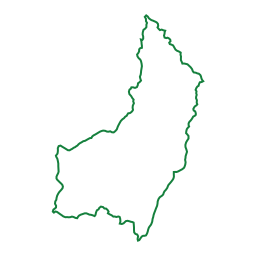 the district of Joaquim Felício, Minas Gerais, Brazil
{"feature_id": "56859067B86267150913030", "entity_name": "Joaquim Felício", "entity_type": "district", "adm_level": 2, "iso_a3": "BRA", "parent_name": "Brazil", "parent_adm1": "Minas Gerais", "projection": "natural_earth1", "projection_center": [-44.115, -17.647], "detail": "fine", "context": "isolated", "style": "outline", "palette": "green", "viewbox_px": 256, "rotation_deg": 0, "n_neighbors": 0, "source": "geoboundaries", "source_scale": "gbopen_adm2", "svg_char_len": 4339}
<svg xmlns="http://www.w3.org/2000/svg" viewBox="0 0 256 256"><path d="M158.2,25.9L157.9,23.8L156.8,22.5L155.6,21.8L154.2,21.2L152.9,20.6L151.4,20.1L150.2,19.3L148.9,18.3L147.8,16.6L146.2,15.4L144.8,16.9L145.9,18.7L146.0,21.2L147.0,22.9L146.4,24.6L146.4,27.1L145.2,28.6L143.5,29.8L142.8,32.3L142.6,34.4L143.2,36.6L143.2,38.7L142.4,39.9L140.9,39.5L141.5,41.9L141.6,43.7L141.9,45.7L141.9,47.8L140.2,48.2L139.2,49.3L139.1,51.4L138.3,53.0L137.1,54.5L137.5,56.4L138.7,58.2L140.2,59.5L141.0,61.1L141.6,63.7L141.9,66.2L141.5,68.6L141.1,71.0L141.0,72.5L140.7,74.6L139.9,76.8L140.4,78.9L141.0,80.6L139.5,82.2L138.0,83.3L137.8,85.1L136.9,87.1L135.0,87.9L133.0,87.3L131.4,87.3L130.8,88.7L129.5,89.6L128.9,91.7L129.4,94.1L131.2,96.1L132.4,98.2L133.6,99.6L133.2,101.3L133.9,103.2L132.8,105.7L132.6,107.8L133.0,109.9L132.2,111.2L131.2,112.2L129.9,113.1L128.2,113.3L127.4,114.5L126.7,115.8L125.2,116.7L123.9,118.3L122.5,119.2L120.8,121.0L119.6,123.1L118.7,124.8L117.8,126.6L116.8,129.4L115.3,131.1L113.7,132.4L112.0,132.3L110.2,131.3L108.5,131.7L107.0,131.6L105.1,130.8L103.1,130.6L101.6,131.0L100.1,131.6L98.4,132.6L96.3,133.9L94.9,134.7L93.5,135.4L92.2,136.5L91.4,138.0L89.9,138.1L88.6,138.8L87.0,139.7L85.1,140.8L83.3,141.2L81.6,142.3L79.9,143.2L78.5,144.3L77.4,145.6L76.3,146.2L75.2,147.1L73.6,147.8L72.3,148.8L70.9,149.5L69.6,150.3L67.9,150.2L66.0,149.0L64.4,148.0L63.2,147.3L61.9,146.5L60.5,145.6L58.7,146.1L57.8,148.2L57.9,150.1L57.8,151.8L57.5,153.6L55.9,155.7L56.5,157.3L57.3,158.6L57.8,160.7L58.3,163.5L58.3,166.2L58.5,169.8L58.6,171.7L58.1,173.3L57.2,175.0L56.5,176.7L56.5,178.5L57.2,179.7L58.3,180.8L59.9,182.4L61.5,183.9L62.4,185.0L62.9,186.6L62.5,188.3L61.3,189.8L60.4,190.8L59.2,192.1L58.3,193.5L57.2,195.6L56.6,197.7L56.3,199.8L55.3,201.4L55.0,203.7L56.1,205.8L56.0,207.5L54.9,208.5L53.4,209.6L52.8,211.6L53.9,212.6L55.4,211.5L57.0,211.9L58.7,213.1L60.2,214.2L61.7,215.2L63.3,216.4L65.4,217.2L67.3,217.1L68.8,217.3L70.6,217.1L71.9,216.6L73.6,217.0L75.4,217.9L77.2,218.2L78.0,216.8L78.9,215.7L80.7,214.7L82.8,214.0L84.8,213.3L86.3,213.3L88.1,214.0L89.3,214.6L91.0,214.8L92.7,215.3L94.6,216.1L95.5,214.9L96.0,212.5L96.9,210.3L98.5,209.4L99.3,207.9L100.9,206.6L103.1,207.1L104.4,208.5L106.1,208.6L107.6,210.0L108.6,211.6L107.9,213.3L109.6,214.3L111.7,215.3L113.3,216.6L114.8,216.5L116.3,217.0L118.4,216.5L119.6,216.9L120.1,218.3L120.3,219.8L120.4,221.6L119.8,223.6L121.8,224.0L123.6,223.3L124.7,222.2L125.9,221.1L127.6,220.8L129.5,221.3L131.0,221.8L132.3,222.0L133.6,222.6L133.8,224.7L134.0,227.6L134.0,230.1L134.2,232.4L135.4,233.9L137.2,234.5L138.1,236.2L137.8,237.7L137.6,239.2L138.0,240.6L139.3,240.1L140.6,238.1L141.8,236.5L143.1,235.8L144.5,235.8L146.0,235.4L147.1,233.4L147.7,231.6L148.2,229.5L148.9,227.5L149.9,226.1L151.0,224.7L151.6,223.3L152.2,221.7L152.6,218.9L153.2,217.1L153.6,215.0L154.3,212.9L155.1,210.9L155.7,209.2L156.3,207.7L157.1,205.8L157.5,203.7L157.7,201.4L158.5,199.1L159.7,197.3L160.8,196.5L162.0,195.7L163.2,194.5L163.7,192.9L164.4,191.4L165.9,189.8L167.3,187.8L167.8,186.3L168.5,184.9L170.0,183.2L171.4,181.5L172.6,179.9L173.4,178.6L173.9,176.8L173.8,174.0L173.8,172.0L175.2,171.9L176.5,172.0L178.2,171.4L180.2,170.3L182.3,169.2L184.1,167.7L184.8,166.0L185.3,164.4L185.6,162.2L185.1,159.8L185.5,157.9L185.6,156.2L186.2,154.3L187.0,151.8L186.4,149.5L185.5,147.1L185.4,144.9L186.1,142.4L187.2,140.5L188.5,138.6L188.5,136.0L187.3,134.4L186.1,133.2L186.3,131.2L186.8,129.2L187.8,127.8L189.1,126.5L188.6,125.2L188.6,123.4L189.4,121.8L190.6,120.6L191.9,118.9L193.2,116.6L194.8,115.8L195.8,114.8L195.8,113.3L195.2,111.4L193.7,110.5L193.3,109.0L194.3,107.1L195.2,106.1L196.4,105.4L197.3,104.3L196.7,102.8L196.9,100.2L196.0,98.1L196.2,96.4L196.7,94.9L196.2,93.2L196.5,91.3L195.6,89.9L196.4,87.9L197.4,86.5L198.6,85.8L198.9,84.4L199.8,82.3L201.7,82.0L203.2,81.2L202.0,79.8L201.3,77.9L201.0,76.5L200.3,75.0L198.8,73.7L197.3,73.4L195.8,72.7L193.7,72.4L192.7,71.0L192.1,69.2L190.7,67.3L189.1,65.8L187.5,64.3L185.5,63.8L184.0,63.5L182.4,63.6L181.8,62.0L180.9,60.1L180.9,58.2L181.0,56.5L180.5,54.7L180.7,52.6L178.7,51.4L177.1,50.8L175.5,49.6L174.3,47.5L173.1,45.4L171.4,44.6L169.8,44.1L169.2,42.7L170.5,41.2L170.2,39.6L168.8,38.3L167.5,37.7L166.2,38.1L164.6,37.6L164.0,35.5L164.5,33.9L164.7,32.0L165.2,30.7L163.4,30.3L161.7,29.6L159.9,30.1L158.6,28.8L157.5,27.4L158.2,25.9Z" fill="none" stroke="#15803d" stroke-width="2"/></svg>